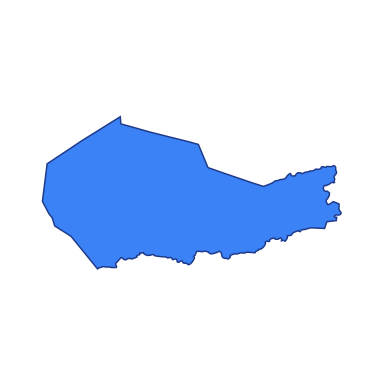 Pocahontas, West Virginia, United States of America (Equal Earth projection), rotated 55°
{"feature_id": "52423323B52249566061450", "entity_name": "Pocahontas", "entity_type": "district", "adm_level": 2, "iso_a3": "USA", "parent_name": "United States of America", "parent_adm1": "West Virginia", "projection": "equal_earth", "projection_center": [-79.805, 38.387], "detail": "fine", "context": "isolated", "style": "filled", "palette": "blue", "viewbox_px": 384, "rotation_deg": 55, "n_neighbors": 0, "source": "geoboundaries", "source_scale": "gbopen_adm2", "svg_char_len": 3729}
<svg xmlns="http://www.w3.org/2000/svg" viewBox="0 0 384 384"><g transform="rotate(55 192 192)"><path d="M86.8,252.5L85.8,294.5L113.9,319.9L127.8,321.7L132.9,321.3L141.1,323.9L158.9,316.5L200.8,313.5L200.8,311.6L202.4,307.2L202.7,306.8L203.9,305.8L205.8,303.0L207.0,301.8L207.9,301.1L208.2,300.7L208.3,300.2L209.1,299.3L210.0,298.0L210.4,297.2L209.5,296.4L208.1,296.2L207.1,295.8L206.8,295.5L205.1,288.0L205.7,286.9L208.3,286.5L209.7,284.9L209.7,283.1L209.8,282.9L210.7,280.9L211.3,280.7L212.6,279.2L213.7,274.4L213.6,274.2L213.4,274.1L212.8,274.1L212.5,273.3L212.6,272.5L213.2,271.4L213.2,270.5L211.9,269.8L211.9,269.6L213.1,268.3L213.3,268.1L213.3,267.4L213.8,266.6L214.8,266.8L216.2,266.4L218.4,264.9L220.0,262.3L220.1,261.3L220.2,261.0L220.3,260.5L221.4,259.5L221.8,259.2L222.4,259.3L223.9,258.1L228.3,253.2L230.2,250.6L232.1,249.7L233.2,247.2L233.6,246.8L234.2,246.6L235.8,246.7L236.4,246.5L236.7,246.1L236.8,245.3L237.1,244.4L237.7,243.6L239.2,243.3L240.5,244.1L240.9,244.1L241.6,243.6L242.2,242.9L242.0,242.1L242.0,241.5L242.4,240.4L243.0,239.5L244.6,240.0L246.1,239.1L246.9,237.4L247.6,237.3L249.3,236.8L249.6,236.4L250.0,234.7L249.4,231.7L247.8,228.3L247.1,227.6L245.7,227.6L245.5,225.9L245.3,225.2L244.3,224.0L243.6,222.8L243.6,222.1L244.0,221.1L245.3,219.4L246.6,218.2L247.0,217.5L247.4,215.8L250.4,213.1L252.4,212.8L254.1,211.3L255.0,208.9L256.0,205.6L255.8,204.6L256.6,203.4L258.5,203.0L259.1,203.1L262.4,204.4L263.4,204.3L265.1,203.4L265.8,202.1L266.6,201.4L267.2,201.3L267.5,200.9L267.6,200.7L267.6,199.8L267.3,198.1L267.1,197.7L266.2,197.5L265.9,197.1L266.4,194.5L267.4,192.0L268.5,191.0L270.0,186.5L271.3,185.2L272.4,183.5L272.3,182.6L273.0,181.2L277.9,175.3L277.8,174.8L277.5,174.4L277.3,173.4L277.4,172.3L277.9,171.2L277.3,169.7L278.1,168.5L278.3,168.2L278.2,165.8L278.1,165.1L277.5,163.2L276.2,161.2L275.2,160.9L275.0,159.4L275.2,158.9L276.2,157.9L276.6,157.7L276.8,156.7L276.2,156.5L275.8,155.4L275.6,154.4L276.5,151.8L277.1,150.9L277.4,150.8L278.2,151.0L279.8,149.1L280.1,147.9L280.2,146.5L280.5,145.6L282.3,145.7L283.3,146.7L283.7,145.5L283.8,145.1L284.1,144.7L284.7,144.4L285.3,144.3L285.7,143.8L285.4,142.6L284.4,140.5L283.5,139.5L283.0,139.3L282.6,138.8L283.8,136.8L284.3,135.2L283.5,133.3L283.6,131.0L284.8,126.8L285.5,126.9L286.5,126.2L286.1,124.8L285.8,124.4L286.5,122.4L286.8,122.2L287.4,121.0L289.4,115.3L297.9,104.3L293.7,98.6L298.2,90.2L295.7,88.0L295.0,89.4L293.8,89.4L293.3,88.2L293.5,87.0L294.9,85.3L295.4,84.0L295.2,82.3L294.0,81.6L291.6,81.8L289.6,81.0L287.7,79.5L287.1,78.9L285.7,78.5L284.9,79.3L282.9,80.4L280.9,81.9L281.0,84.3L280.7,86.6L280.3,88.0L278.9,87.9L277.1,87.7L275.5,86.5L275.1,84.4L274.3,83.2L273.8,81.8L271.8,80.0L269.1,80.6L267.9,82.4L266.7,82.7L264.6,82.6L263.4,81.3L262.6,80.2L263.1,78.9L263.7,78.6L263.9,77.5L263.7,77.0L264.3,75.8L264.3,73.7L264.2,72.3L265.0,71.0L265.8,70.7L265.7,69.7L265.3,69.9L264.6,69.4L263.4,67.7L261.6,67.3L260.6,66.6L260.1,64.6L259.5,63.0L258.3,62.0L256.4,61.7L255.2,60.8L254.0,60.1L252.4,60.2L251.6,61.0L251.5,62.4L250.5,64.3L249.5,65.5L248.4,67.0L248.3,68.7L246.5,70.0L245.8,71.2L246.1,72.4L246.6,72.7L246.5,74.3L245.8,75.6L244.2,77.6L244.2,79.7L243.8,81.5L242.6,83.0L242.4,83.7L242.4,84.6L241.8,85.6L241.4,86.8L241.0,87.4L240.6,88.8L240.3,91.0L238.1,92.5L236.9,94.5L237.2,96.7L238.0,98.0L236.6,100.5L235.6,101.3L234.7,101.1L234.2,100.8L233.4,100.7L233.2,101.0L233.1,102.7L233.3,104.6L234.0,106.1L234.3,108.1L233.9,109.9L232.5,112.5L232.0,114.6L230.6,117.7L230.7,120.6L230.2,123.4L229.6,125.8L229.0,128.1L228.5,130.2L219.2,137.3L209.9,144.1L195.4,154.7L181.2,164.9L168.9,162.2L156.7,159.5L148.2,166.5L139.0,174.5L131.9,180.7L122.2,189.1L119.6,191.4L95.4,211.2L89.2,207.6L86.8,252.5Z" fill="#3b82f6" stroke="#1e3a8a" stroke-width="1.5"/></g></svg>